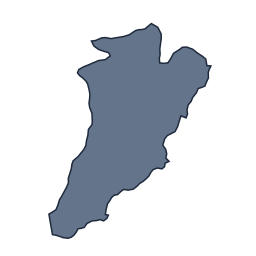 Cubatão, São Paulo, Brazil, rotated 171°
{"feature_id": "56859067B74621499871087", "entity_name": "Cubatão", "entity_type": "district", "adm_level": 2, "iso_a3": "BRA", "parent_name": "Brazil", "parent_adm1": "São Paulo", "projection": "natural_earth1", "projection_center": [-46.406, -23.861], "detail": "fine", "context": "isolated", "style": "filled", "palette": "slate", "viewbox_px": 256, "rotation_deg": 171, "n_neighbors": 0, "source": "geoboundaries", "source_scale": "gbopen_adm2", "svg_char_len": 1838}
<svg xmlns="http://www.w3.org/2000/svg" viewBox="0 0 256 256"><g transform="rotate(171 128 128)"><path d="M219.6,55.3L219.3,34.5L216.2,33.5L213.2,32.0L209.1,29.8L204.6,28.5L201.2,29.0L198.5,30.4L195.5,33.1L193.1,36.3L189.9,36.2L186.8,36.7L183.4,40.1L177.9,41.9L173.8,41.5L170.1,41.9L166.6,40.1L163.0,42.0L161.0,45.0L163.9,46.1L162.2,51.4L160.1,56.3L157.3,59.2L155.1,61.9L152.3,63.7L148.6,63.9L145.0,66.4L141.9,68.0L137.5,66.6L132.4,66.8L128.3,69.0L125.3,71.3L121.5,72.9L118.1,75.0L115.1,77.1L112.2,80.8L109.6,83.0L105.1,83.9L100.9,82.3L97.9,84.1L96.9,87.4L92.7,88.6L95.3,92.4L93.8,96.4L94.1,100.9L96.3,105.7L93.4,111.6L90.3,114.4L86.2,115.7L82.1,117.1L78.9,121.4L76.8,125.7L73.8,131.7L69.1,128.9L67.0,132.6L66.9,136.7L64.9,141.4L61.5,144.4L59.3,148.1L55.1,151.9L52.5,156.0L48.7,156.6L45.5,157.4L43.6,160.7L40.8,164.8L40.0,170.5L38.4,173.5L36.4,176.3L40.3,177.3L40.4,184.0L43.3,187.2L47.8,191.3L51.8,195.7L57.4,198.8L61.8,199.2L64.6,197.6L68.0,196.1L71.4,194.6L74.6,190.3L78.2,186.2L82.5,186.2L86.5,187.4L86.2,191.7L84.8,195.5L84.2,201.2L81.1,211.4L80.6,215.8L82.8,222.8L88.6,227.5L92.8,225.0L95.8,223.2L98.9,223.1L102.0,223.4L105.4,223.0L112.1,219.9L118.3,219.0L125.5,219.0L130.6,218.9L136.3,220.9L140.1,221.1L146.4,219.5L150.5,219.6L148.9,214.4L144.8,210.2L139.6,207.4L135.5,205.5L134.2,202.0L139.8,199.1L146.9,199.2L149.9,198.3L153.1,197.6L156.8,196.6L162.2,195.4L167.4,193.5L169.3,190.3L167.5,187.2L164.8,184.4L162.1,180.8L160.9,177.4L160.4,171.2L160.4,167.0L161.4,162.8L162.7,158.3L162.6,153.9L161.3,148.1L162.2,140.6L162.9,137.1L167.3,132.8L168.8,127.0L170.8,122.5L172.4,117.3L175.2,113.4L178.8,110.3L181.6,107.7L187.3,104.2L189.1,100.9L190.3,96.8L192.5,92.3L194.8,87.8L195.5,83.0L197.9,79.2L201.7,74.2L204.5,70.5L206.8,68.0L209.3,62.8L211.9,58.6L215.1,57.1L219.6,55.3Z" fill="#64748b" stroke="#1e293b" stroke-width="1.5"/></g></svg>